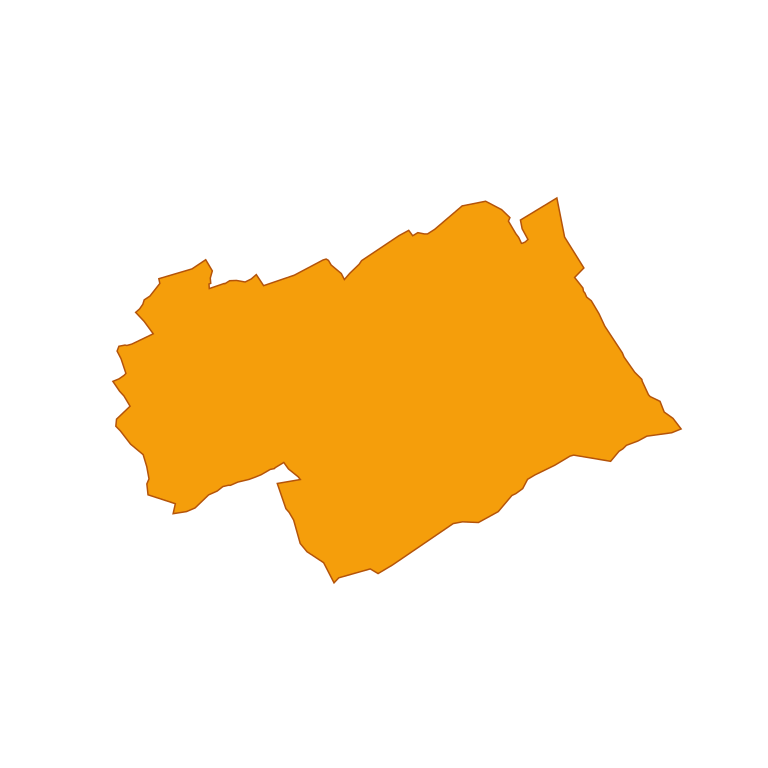 Chumayel, Yucatán, Mexico (Albers equal-area conic projection), rotated 50°
{"feature_id": "50627088B77720764307123", "entity_name": "Chumayel", "entity_type": "district", "adm_level": 2, "iso_a3": "MEX", "parent_name": "Mexico", "parent_adm1": "Yucatán", "projection": "albers", "projection_center": [-89.289, 20.471], "detail": "medium", "context": "isolated", "style": "filled", "palette": "amber", "viewbox_px": 768, "rotation_deg": 50, "n_neighbors": 0, "source": "geoboundaries", "source_scale": "gbopen_adm2", "svg_char_len": 1970}
<svg xmlns="http://www.w3.org/2000/svg" viewBox="0 0 768 768"><g transform="rotate(50 384 384)"><path d="M586.8,237.7L590.9,226.1L592.9,216.2L606.3,194.9L609.4,185.3L596.1,184.7L585.6,187.4L574.7,183.7L564.7,188.2L562.2,188.3L547.8,184.4L546.2,183.5L536.1,184.4L517.7,182.8L513.3,181.4L481.6,177.7L468.2,174.1L453.5,171.7L447.7,172.9L443.4,171.6L441.2,171.6L438.3,169.9L424.9,169.5L423.6,156.3L387.5,151.2L352.6,132.0L346.1,174.1L353.9,178.4L365.8,180.8L366.0,184.5L365.1,187.6L364.6,188.3L358.2,186.6L353.6,186.4L339.2,184.0L337.5,180.6L326.1,181.8L309.3,188.7L297.8,209.6L298.1,245.8L297.0,254.2L295.0,256.6L289.8,260.8L288.9,266.7L282.2,266.3L280.0,277.1L275.1,321.9L276.3,326.1L277.2,339.1L278.5,347.2L271.9,345.7L258.9,348.0L253.6,347.1L251.1,348.0L249.8,351.0L243.0,382.7L231.3,413.0L218.1,411.5L218.2,418.2L216.6,424.8L209.8,430.5L205.7,435.8L204.9,441.5L204.3,441.7L198.6,456.5L194.9,453.8L195.5,452.0L191.2,449.0L187.0,442.8L174.2,440.7L172.4,457.1L158.6,488.8L162.9,491.1L166.2,506.8L165.4,513.6L167.9,517.5L169.4,523.0L169.5,528.2L181.8,527.5L197.2,528.5L191.3,551.6L189.2,556.2L187.7,557.4L184.7,562.8L187.2,567.3L195.6,569.2L210.0,574.9L210.3,577.5L209.7,583.8L207.7,590.0L219.7,591.2L226.0,590.9L237.8,592.8L239.0,611.5L244.0,616.6L250.4,616.1L267.2,616.8L283.3,613.9L294.9,618.9L305.6,625.0L308.1,629.9L317.2,636.0L341.6,620.8L347.8,628.9L354.8,617.3L357.5,608.4L356.2,589.6L358.8,580.6L359.0,573.4L361.5,568.4L362.9,566.8L365.2,559.0L370.3,548.8L372.5,542.7L374.5,536.5L376.3,526.1L378.4,522.2L378.1,521.4L379.7,511.2L387.7,511.8L399.9,509.4L403.4,509.5L391.6,529.7L416.5,539.3L421.4,539.2L430.2,540.7L452.3,550.7L463.0,550.8L482.1,545.1L504.2,550.1L503.4,543.2L516.8,513.4L525.4,510.4L528.1,493.8L535.4,420.7L540.0,412.5L550.8,400.7L555.2,378.5L551.6,357.7L552.7,353.5L553.3,345.0L549.3,335.3L550.7,326.7L556.0,305.4L558.8,287.9L560.4,284.4L588.9,260.1L586.6,247.2L587.2,242.7L586.8,237.7Z" fill="#f59e0b" stroke="#b45309" stroke-width="1.5"/></g></svg>